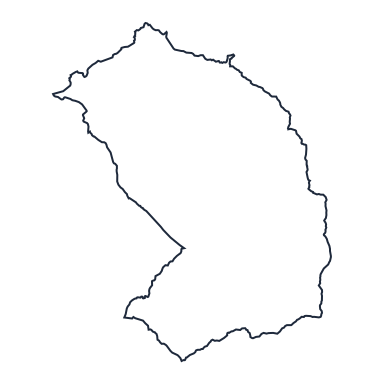 Sarulesti, Buzau, Romania (Mercator projection)
{"feature_id": "2599482B39885931809271", "entity_name": "Sarulesti", "entity_type": "district", "adm_level": 2, "iso_a3": "ROU", "parent_name": "Romania", "parent_adm1": "Buzau", "projection": "mercator", "projection_center": [26.772, 45.488], "detail": "fine", "context": "isolated", "style": "outline", "palette": "slate", "viewbox_px": 384, "rotation_deg": 0, "n_neighbors": 0, "source": "geoboundaries", "source_scale": "gbopen_adm2", "svg_char_len": 5899}
<svg xmlns="http://www.w3.org/2000/svg" viewBox="0 0 384 384"><path d="M322.0,290.0L318.8,285.5L320.2,283.2L319.9,281.7L320.3,279.9L320.1,277.5L320.4,276.5L320.4,275.1L320.7,274.1L323.8,268.5L328.2,264.5L329.3,262.0L330.0,261.0L330.9,257.1L330.9,256.0L330.0,251.0L330.0,248.9L329.4,245.9L327.6,241.8L326.8,238.9L325.3,236.4L324.0,235.3L323.8,234.6L324.1,233.9L325.2,232.8L325.4,232.2L325.6,231.0L325.4,229.9L326.3,227.5L325.8,226.2L326.1,224.5L325.8,223.4L325.3,222.2L324.7,221.6L324.2,220.5L325.9,218.0L326.4,215.1L326.3,212.6L326.5,210.4L325.5,206.1L325.6,203.8L325.3,202.3L326.6,199.9L325.7,197.1L323.3,194.7L320.4,194.6L318.9,194.0L316.9,194.4L313.1,192.8L313.1,192.0L311.2,191.2L308.5,189.0L308.4,188.7L309.4,187.0L309.1,186.2L309.5,185.2L308.9,182.8L309.2,181.6L309.9,180.7L308.5,180.0L308.2,179.5L307.7,177.9L306.5,172.0L307.5,170.2L307.6,169.3L306.8,165.5L307.0,165.5L306.6,164.3L306.7,160.8L305.5,159.5L305.1,158.0L306.0,154.6L306.4,148.8L306.2,145.2L305.5,144.7L303.9,144.5L302.1,143.5L301.9,143.7L301.5,143.3L301.4,142.7L301.9,140.8L301.5,139.1L300.3,138.3L299.5,136.6L296.6,133.7L296.0,130.8L295.4,130.3L290.8,128.8L288.3,129.3L288.3,128.5L288.0,128.3L288.4,126.8L290.0,123.8L289.7,122.0L290.0,118.6L289.8,117.4L290.5,115.5L289.9,114.3L289.1,113.4L288.5,111.7L286.0,110.9L284.2,109.4L283.2,108.1L281.4,106.8L280.3,104.6L280.2,103.2L279.7,102.0L278.9,100.6L277.6,99.5L276.2,96.6L271.9,96.5L270.3,95.3L269.1,93.6L264.8,91.4L263.4,90.1L263.0,88.9L262.4,88.1L259.9,87.0L258.6,86.8L256.4,85.5L253.1,84.7L250.8,82.9L250.9,81.6L250.4,80.9L246.5,78.9L245.7,77.7L243.6,77.1L242.0,75.8L241.7,75.3L241.7,72.8L239.8,72.0L238.7,70.3L237.1,69.8L235.9,68.8L235.0,68.4L232.8,66.3L230.1,66.3L230.2,64.9L229.6,63.9L229.9,61.5L229.9,59.6L230.2,59.0L231.1,58.8L231.6,58.4L231.6,58.0L234.1,56.0L234.2,55.5L233.3,54.5L230.6,55.4L227.8,55.8L227.6,56.4L227.7,58.0L226.7,61.5L226.3,62.1L225.7,62.5L223.6,62.2L222.3,62.9L221.4,62.3L220.9,62.6L219.7,62.5L219.1,61.2L218.6,61.0L215.9,61.7L213.1,59.7L211.8,60.3L210.7,59.5L207.3,59.9L205.3,58.8L202.9,55.2L200.6,55.2L198.2,56.1L194.5,55.6L193.2,53.9L191.6,53.0L186.3,52.6L183.5,51.1L181.4,51.0L174.9,49.6L173.6,48.6L166.4,37.7L166.2,36.7L166.8,33.2L166.8,32.6L166.5,32.0L164.0,34.2L163.2,34.4L162.4,34.1L160.2,32.2L158.9,30.4L157.9,30.1L155.7,30.2L153.9,29.4L152.6,28.4L149.8,24.8L148.4,25.2L147.8,23.9L147.1,23.4L145.5,23.0L144.6,23.8L143.5,27.2L140.8,28.0L140.3,29.0L138.4,30.4L136.8,30.1L134.9,31.7L135.4,32.9L135.2,33.3L135.2,35.1L134.5,36.1L134.9,36.4L134.1,37.2L134.6,37.6L134.9,39.2L134.7,40.2L134.0,40.7L134.3,42.6L134.1,42.9L128.0,46.7L124.7,47.0L121.7,47.8L121.2,48.3L121.3,49.3L117.6,52.9L116.4,53.7L114.6,54.1L113.1,55.0L112.5,57.4L100.8,61.7L98.2,60.8L95.6,63.0L92.5,64.8L88.3,68.6L87.4,70.3L87.7,72.9L86.6,75.7L85.7,76.5L84.6,77.0L84.2,76.8L82.9,74.8L83.1,74.2L83.0,73.5L82.5,73.1L78.7,72.8L78.0,72.5L77.3,71.4L75.7,72.0L72.3,74.0L71.8,74.6L70.6,75.1L71.0,76.2L70.9,76.8L69.3,78.2L69.8,78.9L69.4,80.4L70.1,81.4L70.7,82.8L70.6,84.3L70.2,85.6L63.2,91.2L53.1,94.0L53.8,95.5L55.2,96.5L58.0,97.0L61.0,99.2L61.8,99.5L63.1,99.2L64.2,97.6L64.6,97.3L65.3,97.3L70.5,99.0L72.3,100.2L75.2,100.8L78.9,102.1L82.1,104.4L86.6,110.6L86.7,111.2L86.3,111.7L83.0,114.5L82.9,115.1L84.2,118.2L83.2,120.7L83.7,121.6L87.1,123.1L87.9,124.1L88.5,126.6L88.1,131.5L88.3,132.7L89.9,131.6L90.2,132.6L91.6,134.0L92.1,135.3L93.6,136.5L94.3,136.5L98.3,139.9L101.9,142.2L104.3,142.3L105.6,143.1L106.4,144.6L107.1,147.3L110.6,152.5L113.1,161.9L113.9,163.3L115.2,163.8L116.9,165.8L116.9,168.6L116.6,169.8L116.7,171.7L117.3,174.9L117.2,181.5L118.4,184.7L120.5,187.4L122.7,189.0L124.9,192.1L127.0,194.2L127.2,195.5L128.7,198.4L129.5,198.1L136.0,202.4L136.7,203.5L139.2,205.8L140.3,205.9L140.6,206.7L141.7,207.7L142.8,208.0L143.1,208.8L143.7,209.1L144.1,209.7L146.3,211.0L160.9,226.9L163.3,230.0L170.5,237.5L179.6,245.0L184.1,248.2L181.7,248.7L181.4,249.2L181.3,251.5L180.6,253.1L177.0,255.8L174.9,257.9L174.1,258.7L172.5,261.3L170.5,261.5L169.1,262.7L167.8,265.5L165.4,265.2L163.2,267.2L162.6,268.3L161.7,271.0L159.8,273.8L155.5,276.1L155.2,279.1L154.8,279.8L154.2,280.4L153.3,280.5L152.0,281.2L152.1,285.3L150.1,287.8L149.4,289.2L149.1,291.0L149.4,293.4L148.3,296.7L147.7,297.0L145.5,296.0L145.1,296.1L144.8,298.0L143.2,298.4L142.8,298.1L142.7,296.9L142.4,296.7L141.3,296.6L140.4,297.6L137.7,297.3L136.9,297.6L136.5,298.4L135.3,298.5L134.0,299.1L131.9,300.5L130.1,302.3L129.4,304.5L127.7,306.5L126.8,308.5L125.7,314.1L124.3,317.5L132.1,318.5L133.4,317.0L135.2,318.2L143.0,320.6L145.3,323.3L148.0,325.7L148.6,329.7L150.4,329.4L151.4,329.9L152.8,331.6L155.0,332.4L155.3,333.0L156.5,333.9L157.2,336.1L157.5,339.7L159.0,340.6L160.1,342.3L161.6,343.8L163.8,343.7L165.8,344.9L166.8,345.9L170.4,350.8L172.2,352.6L177.5,355.1L178.3,355.8L180.4,358.1L181.6,361.0L183.4,360.1L184.7,360.2L185.1,359.9L186.0,357.6L186.8,357.5L189.9,355.0L193.8,353.4L195.3,352.1L195.8,350.8L196.2,350.3L197.7,349.8L200.0,349.8L201.5,349.0L202.8,349.0L203.8,347.6L205.0,346.6L207.0,346.0L209.3,342.7L210.6,341.6L211.2,340.5L212.2,339.9L212.6,339.7L214.8,340.8L216.8,340.5L219.3,340.9L224.0,338.0L226.8,335.7L227.2,335.3L227.1,334.1L227.5,333.0L228.3,332.6L229.0,332.9L231.4,331.4L232.7,331.3L236.0,329.5L240.2,330.0L242.1,328.4L245.2,328.2L245.8,328.9L246.2,329.8L247.5,330.1L248.1,331.9L249.7,333.1L250.3,335.6L250.4,337.0L252.1,338.1L253.1,338.2L256.0,336.9L259.4,336.5L261.5,333.9L263.6,332.9L266.5,333.6L268.6,333.1L273.1,332.9L277.3,333.7L279.9,331.5L282.1,328.4L284.0,327.6L285.2,326.0L287.0,325.1L291.2,325.1L291.8,324.7L293.4,323.1L295.9,321.4L297.1,319.8L298.3,319.4L299.8,318.4L301.6,316.8L303.9,317.0L304.5,316.1L306.0,315.8L310.5,316.1L312.7,317.0L313.9,316.8L318.9,317.4L320.6,316.9L321.1,315.9L321.4,314.0L322.0,312.9L321.7,311.0L320.2,309.1L319.9,306.0L320.0,305.2L321.3,303.5L321.4,301.5L321.9,300.5L322.0,295.8L321.5,293.9L322.1,292.0L322.0,290.0Z" fill="none" stroke="#1e293b" stroke-width="2"/></svg>